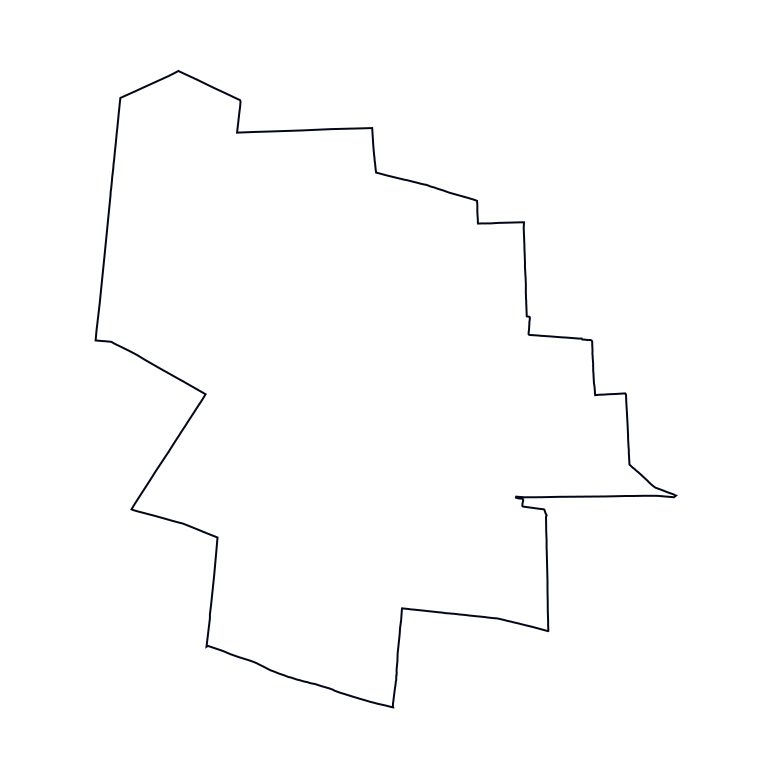 Darvari, Mehedinti, Romania, rotated 177°
{"feature_id": "2599482B46217743952621", "entity_name": "Darvari", "entity_type": "district", "adm_level": 2, "iso_a3": "ROU", "parent_name": "Romania", "parent_adm1": "Mehedinti", "projection": "equal_earth", "projection_center": [23.05, 44.199], "detail": "fine", "context": "isolated", "style": "outline", "palette": "ink", "viewbox_px": 768, "rotation_deg": 177, "n_neighbors": 0, "source": "geoboundaries", "source_scale": "gbopen_adm2", "svg_char_len": 6097}
<svg xmlns="http://www.w3.org/2000/svg" viewBox="0 0 768 768"><g transform="rotate(177 384 384)"><path d="M632.3,683.5L632.4,683.2L632.4,682.7L632.7,681.1L634.4,670.3L636.9,653.7L637.9,647.7L639.2,638.7L639.8,634.9L640.6,630.1L641.7,622.5L642.5,618.1L643.0,614.1L643.9,608.7L644.6,604.8L645.0,601.6L646.1,594.3L646.9,590.1L647.2,587.0L647.6,584.4L656.2,527.9L663.9,478.1L668.3,452.4L669.7,442.6L663.7,441.7L660.8,441.4L654.2,440.4L653.8,440.2L653.3,439.9L651.4,438.6L648.4,436.9L637.2,430.7L634.1,428.9L628.8,425.7L622.0,421.0L615.2,416.6L608.4,412.2L603.7,409.2L600.6,407.3L590.4,400.8L584.9,397.4L580.7,394.7L562.7,383.1L565.9,378.4L567.9,375.6L571.0,371.5L574.2,367.0L577.1,363.0L582.0,356.3L584.6,352.6L588.7,347.1L591.5,343.1L594.3,339.3L597.7,334.6L600.7,330.3L602.2,328.1L605.1,324.3L608.7,319.4L616.2,309.3L622.9,299.8L633.5,285.2L638.8,277.8L640.7,275.1L642.7,272.0L641.5,271.4L637.6,270.0L619.1,264.1L606.4,259.8L602.1,258.3L595.9,256.3L592.3,255.2L591.4,254.8L585.7,252.2L568.3,244.0L558.3,239.4L560.1,226.4L563.6,201.9L568.2,172.7L569.9,163.1L570.1,159.2L570.3,157.9L570.6,156.3L575.0,130.9L574.3,131.3L573.9,131.4L573.2,131.5L573.0,131.4L572.6,131.3L564.8,128.2L560.3,126.4L557.3,125.1L551.5,122.2L547.3,120.5L543.7,119.0L535.3,115.9L534.1,115.5L533.4,115.2L531.9,114.6L527.7,112.8L525.0,111.4L524.2,110.9L518.0,107.4L514.2,105.1L512.4,104.1L509.1,102.7L506.5,101.5L504.0,100.3L502.0,99.5L498.9,98.3L494.8,96.4L494.2,96.2L493.0,96.0L486.1,93.3L483.9,92.7L479.1,91.0L477.4,90.6L476.1,90.3L474.8,89.7L473.1,89.1L470.9,88.5L468.8,88.1L465.5,86.8L461.9,85.4L459.5,84.6L456.9,83.7L454.8,83.0L450.9,81.3L449.4,80.3L444.5,78.2L441.5,77.1L440.0,76.6L435.8,75.0L424.3,70.8L420.2,69.4L414.3,67.3L410.0,66.0L407.4,65.1L404.9,64.4L398.7,62.7L392.8,60.8L391.8,60.6L392.0,61.5L391.7,64.9L391.4,66.0L389.8,75.2L389.2,78.4L389.0,79.7L388.6,81.3L388.0,84.7L387.6,86.9L387.3,87.6L387.2,89.3L387.1,90.8L386.9,92.3L386.7,92.5L386.8,92.9L386.5,94.2L386.4,95.3L386.5,96.2L386.4,97.6L386.2,99.3L385.1,106.6L385.0,108.1L384.5,114.0L381.4,133.6L380.7,139.7L379.3,146.9L379.0,149.2L378.2,155.9L377.8,158.7L377.6,159.1L376.6,158.8L374.9,158.6L374.0,158.4L372.3,158.2L368.3,157.4L365.6,157.1L363.4,156.7L362.4,156.6L361.5,156.4L358.0,155.9L356.3,155.6L345.2,153.8L340.8,153.1L338.6,152.8L334.2,151.9L329.3,151.3L327.7,151.0L326.3,150.9L322.8,150.3L321.3,150.0L315.7,149.2L312.2,148.6L310.8,148.3L306.1,147.6L304.5,147.3L303.5,147.2L302.5,147.0L300.7,146.8L294.0,145.7L292.7,145.4L286.6,144.4L284.6,144.2L283.4,144.0L282.8,143.9L275.9,141.9L274.8,141.5L273.8,141.2L268.8,139.8L267.4,139.3L261.4,137.6L260.3,137.2L247.0,133.2L233.1,128.6L232.8,128.8L232.7,135.3L232.5,138.5L232.3,149.4L231.9,157.8L231.6,167.6L231.0,180.2L230.2,209.9L230.2,212.1L230.1,214.0L229.8,219.2L229.7,229.3L229.4,236.0L229.4,237.3L229.3,238.6L229.2,242.7L229.0,243.4L228.6,243.9L228.5,244.1L228.5,244.4L228.5,244.6L228.8,245.0L229.3,246.0L229.5,246.9L229.8,247.7L230.4,250.0L230.6,250.2L230.9,250.5L234.1,251.0L251.5,254.3L252.0,254.6L252.2,254.9L252.2,255.8L251.8,257.9L251.1,260.5L251.1,260.8L251.1,261.2L251.4,261.7L251.8,262.1L252.3,262.3L254.9,262.6L255.6,262.7L258.2,263.6L257.9,264.6L249.6,263.5L245.6,263.3L239.3,263.0L229.6,262.6L216.0,262.2L168.6,260.1L148.6,259.5L138.1,259.0L131.4,258.8L118.2,258.1L116.0,257.9L102.9,256.1L101.1,255.8L100.4,255.7L100.1,255.8L99.5,256.5L98.3,257.3L99.0,257.6L100.3,258.4L101.0,258.8L106.2,260.9L111.9,263.5L117.5,265.9L118.2,266.2L119.2,266.9L121.3,268.7L122.3,269.7L124.6,272.0L125.7,273.4L126.6,274.3L130.1,277.9L134.8,282.7L135.8,283.5L137.9,285.6L138.9,286.6L139.8,287.3L140.6,288.1L143.1,290.7L143.1,297.0L143.1,301.0L143.1,302.7L143.0,305.1L143.0,306.7L143.1,308.4L143.1,309.1L143.1,313.5L143.1,315.0L143.1,317.6L143.0,318.5L142.9,326.6L142.9,328.1L142.9,332.0L142.9,333.7L142.9,334.9L142.9,340.2L142.9,341.9L143.0,354.8L142.9,358.5L142.9,360.4L143.0,361.1L143.3,361.4L143.9,361.7L143.9,362.0L154.6,361.9L157.5,362.0L161.1,362.0L164.5,361.9L169.1,362.0L173.7,361.8L173.8,363.8L173.8,367.2L174.0,371.7L174.3,373.7L174.3,375.1L174.3,380.4L174.3,381.6L174.3,383.3L174.3,384.5L174.4,386.2L174.2,390.4L174.3,391.3L174.1,392.1L174.1,395.7L174.2,398.3L174.2,399.2L174.2,402.1L174.3,403.0L174.0,407.0L174.0,412.6L173.9,414.1L173.9,415.4L174.1,416.0L174.3,416.4L174.6,416.7L175.3,417.0L176.3,417.2L178.0,417.2L180.1,417.6L181.8,417.9L183.1,417.9L183.7,418.1L183.9,418.4L184.2,419.0L185.1,419.1L186.5,419.1L187.3,419.2L199.3,420.8L203.2,421.2L216.9,423.0L225.5,424.0L227.7,424.4L232.2,424.9L236.1,425.4L236.6,425.6L236.8,425.9L237.0,426.2L237.0,426.6L236.9,427.0L236.7,428.9L236.4,430.2L236.0,433.8L236.0,434.5L235.7,435.6L235.7,436.2L235.7,436.8L235.7,437.5L235.4,438.7L235.2,440.3L234.9,441.6L234.9,442.5L235.0,443.2L235.4,443.5L237.9,444.1L237.8,451.3L237.8,453.5L237.7,455.0L237.8,457.1L237.6,459.6L237.7,461.2L237.7,462.5L237.6,464.7L237.6,466.9L237.5,469.1L237.1,476.5L237.1,479.8L237.0,483.4L237.1,484.3L237.1,491.8L237.1,494.4L236.9,496.6L236.7,506.6L236.7,509.7L236.6,513.8L236.5,516.5L236.5,520.4L236.4,524.5L236.4,527.8L236.3,532.6L235.8,537.7L235.8,538.2L236.1,538.2L242.5,538.4L250.8,538.6L261.3,538.9L269.4,538.8L272.1,539.0L274.4,539.0L276.9,539.2L281.7,539.3L281.8,539.9L281.8,540.7L281.7,542.3L281.8,550.7L281.6,554.3L281.5,556.2L281.4,558.8L281.5,560.5L281.5,562.0L284.1,563.2L290.0,565.3L309.2,571.8L314.0,573.9L320.2,576.2L323.7,577.7L326.1,578.4L328.1,579.2L330.5,580.4L330.9,580.6L333.3,581.1L337.6,582.3L338.6,582.7L351.3,586.6L352.5,586.8L370.2,592.1L379.6,595.2L380.8,595.5L381.1,598.5L381.4,605.1L381.6,607.1L381.7,610.8L381.9,613.4L382.2,621.2L382.4,640.2L394.6,640.5L423.3,641.3L452.3,641.5L483.7,642.1L501.3,642.5L517.6,642.7L515.6,654.4L515.4,655.9L515.0,658.0L514.5,661.2L514.2,662.7L514.0,664.0L513.7,665.5L513.7,665.9L513.4,667.1L513.2,668.4L513.1,669.0L512.6,672.7L512.5,673.7L512.6,674.1L512.7,674.5L513.0,675.1L515.2,676.2L524.6,681.3L537.8,688.3L543.1,691.2L553.5,697.0L568.8,705.1L572.5,707.1L572.8,707.4L576.7,705.6L578.2,704.9L583.5,702.6L598.5,696.7L606.9,693.4L616.2,689.7L631.4,683.8L632.3,683.5Z" fill="none" stroke="#020617" stroke-width="2"/></g></svg>